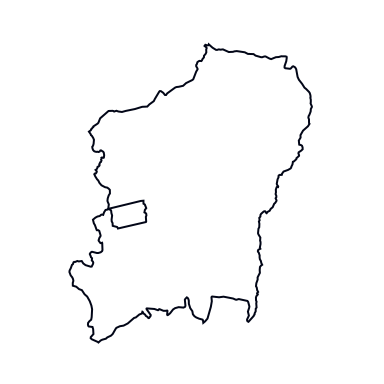 Goiás, Albers equal-area conic projection, rotated 166°
{"feature_id": "BRA-1294", "entity_name": "Goiás", "entity_type": "State", "adm_level": 1, "iso_a3": "BRA", "parent_name": "Brazil", "parent_adm1": "", "projection": "albers", "projection_center": [-49.017, -15.943], "detail": "fine", "context": "isolated", "style": "outline", "palette": "ink", "viewbox_px": 384, "rotation_deg": 166, "n_neighbors": 0, "source": "natural_earth", "source_scale": "10m", "svg_char_len": 5964}
<svg xmlns="http://www.w3.org/2000/svg" viewBox="0 0 384 384"><g transform="rotate(166 192 192)"><path d="M319.7,69.3L324.8,73.3L325.7,74.6L325.3,75.7L322.0,78.0L321.1,82.8L321.2,85.1L324.7,86.5L325.0,87.0L325.1,88.3L324.5,90.1L322.9,91.4L320.7,92.5L319.6,94.9L317.3,102.4L317.1,106.1L317.6,110.7L319.0,115.9L321.0,118.8L322.6,123.4L325.1,125.1L327.2,128.1L330.3,129.9L329.7,132.6L328.6,134.5L328.5,136.3L328.8,138.0L329.9,140.5L330.3,144.0L329.7,145.5L328.1,147.3L326.1,150.3L325.0,150.8L324.0,152.4L323.3,152.7L322.2,152.4L320.0,152.8L318.6,152.0L315.7,151.7L314.8,149.0L313.0,146.8L308.5,144.1L307.4,143.9L305.4,146.2L304.9,147.3L305.0,148.5L305.8,149.8L305.0,151.9L305.8,153.2L305.8,154.4L306.2,156.3L306.1,156.7L305.4,157.4L304.4,158.0L303.5,158.2L299.0,155.8L297.7,155.5L295.2,155.6L293.5,156.4L292.9,157.4L291.5,164.0L291.5,164.5L292.8,164.4L293.2,164.6L294.3,167.2L294.3,167.8L292.8,170.1L291.6,171.1L291.2,172.0L291.4,176.7L292.2,177.6L293.5,177.9L293.7,178.3L294.2,183.4L294.8,185.3L294.8,189.1L291.9,190.5L289.6,191.1L287.4,191.0L285.6,191.9L284.7,191.9L283.7,191.3L282.2,193.6L280.2,195.5L278.3,195.4L277.1,195.9L276.9,197.2L275.7,200.1L276.2,203.3L276.1,204.1L275.3,206.2L273.6,208.9L272.0,210.4L271.2,213.9L271.9,215.2L273.1,216.7L275.2,217.7L278.2,220.4L279.6,223.2L280.2,225.9L281.0,227.2L282.1,230.6L282.5,232.9L281.9,233.4L280.8,233.3L279.8,234.2L279.4,235.1L280.2,236.7L279.5,236.9L278.4,237.7L277.5,239.3L276.5,239.3L275.6,239.9L275.5,240.6L275.1,240.7L275.1,241.5L274.8,241.9L273.8,243.1L273.2,243.1L272.2,244.4L272.4,245.4L271.5,246.5L271.6,247.1L271.0,247.3L269.7,246.6L269.2,246.7L268.3,249.0L268.1,251.6L268.4,252.5L270.2,254.4L270.8,254.5L271.8,253.6L273.0,253.4L273.9,253.9L275.2,254.1L276.5,254.8L277.1,255.3L277.8,256.6L278.0,258.1L277.9,259.9L276.8,260.9L275.8,262.6L274.5,266.4L274.8,268.4L275.6,270.8L276.3,271.7L276.3,272.6L277.4,275.5L275.2,276.4L274.7,277.3L273.6,277.8L272.8,278.7L272.1,278.8L271.8,279.5L267.0,281.2L266.1,281.8L263.3,285.7L253.4,290.8L249.5,290.0L248.5,289.5L248.1,288.9L245.7,289.1L243.9,287.9L240.6,286.6L236.6,286.7L227.3,286.3L219.7,286.7L214.7,285.7L212.2,287.3L207.1,289.4L205.5,291.3L199.4,297.4L198.8,297.7L197.8,297.4L195.9,295.2L194.8,292.7L193.7,292.4L192.2,293.7L183.1,297.4L181.7,297.6L179.4,297.3L174.9,297.2L171.4,299.1L164.5,300.6L163.5,301.1L158.8,307.8L156.9,309.7L156.8,310.5L157.5,313.0L157.2,314.2L156.6,314.6L155.3,316.7L153.8,317.3L152.9,317.4L151.3,316.8L150.6,317.2L149.7,318.4L147.9,319.7L147.4,321.3L145.4,322.7L144.3,324.1L143.8,326.7L143.0,328.0L143.0,328.7L144.5,330.7L143.4,331.6L141.7,330.6L140.9,330.4L140.3,330.6L140.0,331.2L137.2,327.1L134.3,324.1L133.3,323.8L131.5,323.9L129.9,323.2L127.5,322.9L122.4,318.9L118.3,318.1L116.7,318.2L114.5,317.9L107.0,314.8L104.4,312.5L98.9,310.9L97.4,309.0L92.4,306.1L91.4,305.8L89.0,306.0L87.8,305.7L84.5,302.7L83.0,301.8L78.0,302.5L75.2,302.0L72.6,302.1L68.5,301.0L67.5,300.4L67.6,299.3L68.9,296.1L71.7,291.8L72.1,290.3L71.5,289.5L67.0,287.8L66.2,288.0L64.2,289.4L63.4,289.5L62.1,288.4L61.5,287.2L61.2,285.9L61.7,278.1L61.1,275.0L59.0,270.3L57.6,266.0L56.3,264.3L54.2,260.7L53.8,259.5L53.7,257.2L54.0,255.3L54.4,254.8L54.4,252.8L55.0,250.4L55.5,249.3L55.0,246.1L55.1,245.5L56.6,243.8L57.4,241.4L59.5,238.4L60.2,237.8L61.0,236.4L61.1,235.7L60.9,234.2L61.8,230.4L61.5,229.7L63.6,227.7L69.4,224.7L73.0,220.9L73.5,218.5L75.9,216.1L76.5,212.0L74.7,211.0L74.1,210.3L73.9,208.6L74.3,206.7L76.1,205.7L78.9,204.7L79.4,203.8L79.2,201.8L79.4,201.2L82.5,199.5L82.7,198.8L83.2,198.4L85.8,197.0L86.8,196.9L87.8,194.5L89.5,192.5L89.9,191.6L90.7,191.0L93.4,190.2L98.2,189.7L100.3,187.9L100.6,187.0L101.6,187.0L102.5,187.4L103.8,187.1L104.2,186.6L104.5,185.3L105.9,183.6L107.8,179.4L107.7,178.4L107.0,176.6L107.3,176.0L108.2,176.5L108.7,176.2L110.1,174.0L110.6,171.4L111.4,169.8L111.1,168.0L111.4,166.6L112.4,165.7L112.0,163.5L112.3,162.8L113.9,161.3L115.1,160.7L117.4,157.7L119.7,156.6L121.2,155.0L123.5,154.4L124.7,153.4L125.2,154.0L125.6,155.5L126.4,155.8L127.2,155.7L130.2,154.1L131.1,153.2L131.6,151.6L133.0,150.6L133.3,148.0L134.2,147.3L134.3,144.9L135.3,141.5L136.4,140.3L137.9,136.0L137.8,134.8L136.7,131.3L137.7,128.3L137.6,126.9L138.1,124.9L139.6,121.7L139.4,120.4L141.6,119.9L142.4,118.8L142.4,118.0L141.9,117.1L141.7,114.1L142.2,112.4L142.4,110.3L141.9,108.6L141.9,106.1L141.5,104.4L143.0,103.8L144.2,102.8L145.2,99.9L145.7,97.1L149.0,93.3L149.5,91.1L151.6,88.0L152.7,85.1L152.3,83.7L152.5,80.9L152.0,79.0L153.4,78.0L153.4,77.5L152.9,76.8L153.1,76.5L154.8,75.3L155.5,74.1L156.1,71.3L155.9,69.9L156.6,68.4L157.3,64.3L158.4,63.3L159.1,60.8L160.6,59.1L160.9,58.0L161.9,57.3L162.1,56.8L168.6,52.4L169.4,53.1L169.6,53.9L169.4,55.0L166.7,58.3L166.7,62.4L164.5,65.9L164.0,67.1L164.1,71.8L164.6,72.9L172.5,76.8L174.9,76.7L175.7,77.0L177.9,78.7L186.7,82.8L191.2,83.3L197.7,85.7L198.2,85.6L198.6,85.0L199.2,81.2L201.5,76.0L207.6,65.4L210.6,63.3L212.7,62.3L212.4,64.7L212.6,65.6L215.8,67.4L218.3,69.3L219.7,70.9L220.7,73.1L220.5,76.3L221.8,79.7L222.1,84.2L221.4,87.3L221.4,88.8L221.8,90.2L222.5,91.0L224.2,90.0L225.0,89.2L225.9,83.2L226.5,82.3L228.2,81.9L232.8,83.5L236.5,83.4L238.8,82.6L242.6,79.6L244.9,78.5L245.6,78.5L245.8,79.0L244.9,81.7L244.6,82.7L244.8,83.0L246.4,83.1L248.4,83.6L251.9,86.2L252.4,86.2L253.1,85.6L253.6,85.5L256.8,87.6L264.0,90.0L264.3,89.9L264.4,89.2L261.8,82.6L262.3,81.6L264.2,80.1L264.8,80.2L265.6,81.8L266.8,83.0L267.1,84.3L268.4,85.8L268.8,87.5L269.1,87.8L270.1,86.2L272.7,85.9L276.8,83.9L278.7,83.8L286.1,80.0L290.7,78.9L294.4,79.2L298.2,78.5L299.2,77.7L303.3,73.4L305.4,72.2L309.4,71.4L311.0,70.5L314.8,70.4L316.6,70.0L319.2,68.6L319.7,69.3ZM276.9,195.4L275.3,194.3L275.0,193.3L275.3,191.0L275.2,188.5L276.7,184.7L277.0,182.9L276.6,181.1L277.1,178.3L273.2,176.2L272.8,175.4L272.7,174.5L244.0,174.0L243.6,174.5L242.8,179.0L241.9,180.3L241.7,182.0L242.0,182.7L243.1,183.7L242.0,186.1L240.3,187.4L240.8,191.3L241.9,192.4L241.2,195.3L243.8,195.7L277.1,195.9L276.9,195.4Z" fill="none" stroke="#020617" stroke-width="2"/></g></svg>